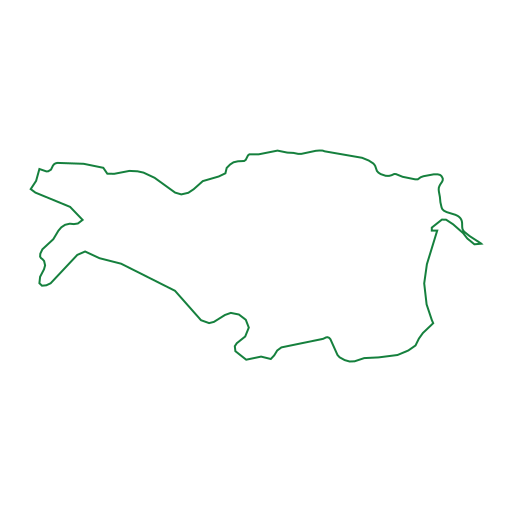 Ferrara, Robinson projection
{"feature_id": "ITA-5363", "entity_name": "Ferrara", "entity_type": "Province", "adm_level": 1, "iso_a3": "ITA", "parent_name": "Italy", "parent_adm1": "", "projection": "robinson", "projection_center": [11.889, 44.768], "detail": "fine", "context": "isolated", "style": "outline", "palette": "green", "viewbox_px": 512, "rotation_deg": 0, "n_neighbors": 0, "source": "natural_earth", "source_scale": "10m", "svg_char_len": 2190}
<svg xmlns="http://www.w3.org/2000/svg" viewBox="0 0 512 512"><path d="M481.3,243.7L474.4,244.3L467.3,238.5L463.1,233.1L453.1,224.3L446.1,219.7L441.9,219.6L431.8,227.6L431.8,230.6L437.2,230.6L426.9,264.2L424.2,283.4L426.6,304.4L431.8,320.0L433.2,323.2L422.9,333.0L418.9,338.6L415.5,345.5L408.3,350.5L397.5,355.0L378.6,357.4L364.2,358.1L354.6,361.3L349.6,361.5L344.7,360.1L339.6,357.3L337.5,355.0L330.4,339.2L329.1,337.8L327.5,337.2L326.1,337.4L323.2,338.8L281.4,347.4L277.2,350.5L274.2,355.4L270.8,359.0L261.1,356.6L246.2,359.7L235.4,351.2L234.8,346.2L236.8,343.2L245.2,336.5L248.8,327.6L245.8,319.8L238.9,314.5L230.8,312.9L224.9,315.0L213.9,321.9L209.1,323.1L201.0,320.2L175.0,290.8L121.1,263.7L99.5,258.2L85.1,251.5L77.3,254.9L50.6,283.3L46.3,285.3L42.0,285.7L39.4,283.2L40.1,276.8L44.0,269.3L45.1,265.4L44.1,261.0L42.5,259.2L41.0,258.1L40.1,256.6L40.3,253.7L42.4,249.3L53.3,239.2L58.4,230.7L61.3,227.3L65.1,224.8L69.8,223.7L73.8,224.1L77.9,223.5L82.6,219.9L70.1,206.9L35.4,192.6L30.7,189.1L36.1,180.9L39.4,169.0L46.4,171.4L48.2,171.3L51.0,169.6L52.9,165.7L54.0,164.3L55.4,163.4L57.3,162.9L83.7,163.8L103.3,167.8L107.3,173.7L114.3,173.8L129.4,170.9L137.5,171.3L143.5,172.6L154.6,177.8L175.1,192.6L181.3,194.4L188.3,192.8L193.7,189.2L202.8,181.1L218.7,176.5L225.4,173.3L226.7,167.9L230.1,164.5L233.5,162.3L237.9,161.3L244.1,161.0L245.7,159.9L248.0,155.4L249.4,154.3L258.8,154.3L277.5,150.6L287.3,152.6L293.4,152.9L298.3,153.9L301.2,153.9L315.8,150.8L319.7,150.5L322.7,150.6L324.6,151.3L362.1,157.8L368.7,160.5L373.2,163.4L374.3,164.6L375.2,166.0L376.9,170.9L378.4,172.6L380.7,174.1L385.7,175.8L389.0,175.9L391.6,175.2L394.2,174.0L396.0,174.1L402.6,176.8L415.0,179.3L417.8,179.3L418.7,178.7L419.7,177.9L421.0,177.1L423.6,176.2L433.9,174.3L437.5,174.3L440.0,174.9L441.3,175.9L442.2,177.3L442.8,178.7L442.7,180.3L442.1,181.7L440.2,184.5L439.4,186.1L438.8,187.8L438.7,189.8L438.9,191.6L439.9,197.0L440.4,202.2L441.2,205.8L441.6,207.5L442.3,209.1L443.9,210.7L446.7,212.1L455.4,214.8L457.7,215.9L459.1,216.9L460.3,218.1L461.2,219.5L461.8,221.1L462.1,223.0L462.2,227.1L462.5,229.0L463.2,230.5L464.3,231.8L469.5,236.0L481.2,243.6L481.3,243.7Z" fill="none" stroke="#15803d" stroke-width="2"/></svg>